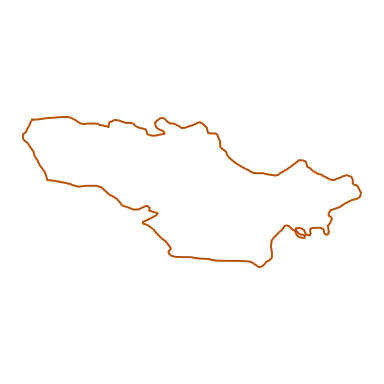 Härjedalen, Jämtland, Sweden (Natural Earth projection)
{"feature_id": "70781695B83252740141506", "entity_name": "Härjedalen", "entity_type": "district", "adm_level": 2, "iso_a3": "SWE", "parent_name": "Sweden", "parent_adm1": "Jämtland", "projection": "natural_earth1", "projection_center": [13.938, 62.166], "detail": "fine", "context": "isolated", "style": "outline", "palette": "amber", "viewbox_px": 384, "rotation_deg": 0, "n_neighbors": 0, "source": "geoboundaries", "source_scale": "gbopen_adm2", "svg_char_len": 3552}
<svg xmlns="http://www.w3.org/2000/svg" viewBox="0 0 384 384"><path d="M299.0,160.1L297.0,161.9L293.3,164.7L287.0,169.3L282.6,171.8L279.8,173.5L277.8,175.1L274.8,175.5L270.8,174.8L268.0,174.4L265.2,173.9L262.8,173.1L259.3,173.3L253.4,173.0L251.8,172.2L249.0,170.5L243.9,168.0L238.9,165.1L235.0,162.5L231.9,160.0L229.1,157.6L227.3,155.2L226.0,151.7L224.7,150.7L222.3,149.0L220.3,146.9L220.1,141.6L219.2,139.6L218.4,137.8L217.1,134.4L215.1,133.4L211.0,133.5L208.1,132.9L207.5,131.1L207.0,128.1L205.5,126.6L203.5,124.5L201.6,122.9L199.0,122.3L197.0,123.1L195.3,124.2L192.9,124.9L190.9,125.8L188.5,126.4L185.2,127.7L182.0,128.1L180.0,126.8L178.0,125.7L175.9,124.6L173.9,123.6L171.3,123.5L168.9,122.9L167.8,122.0L166.5,121.0L165.4,119.5L163.7,118.3L161.5,117.9L159.1,119.0L156.9,120.8L155.0,122.6L155.8,126.6L156.9,128.0L159.7,129.7L163.2,131.2L164.5,132.6L164.1,133.9L160.1,134.6L156.2,135.5L152.9,135.7L150.1,135.2L147.3,134.1L146.6,131.3L145.6,129.3L142.1,128.4L139.5,127.9L135.3,125.9L133.6,123.8L131.0,122.9L126.0,122.9L121.6,121.5L119.0,120.5L114.7,119.9L112.0,121.3L109.4,122.3L108.8,124.5L108.5,126.9L105.7,126.2L102.4,125.4L99.4,125.0L97.9,123.7L94.6,123.5L89.8,123.5L83.0,124.0L80.2,123.3L77.6,121.7L74.8,119.7L71.8,118.2L68.3,116.9L62.4,117.0L52.2,117.8L46.5,118.2L40.2,119.1L34.5,119.7L32.1,119.5L32.2,120.2L30.5,122.1L29.3,125.6L27.4,128.7L25.7,132.5L23.1,134.2L23.0,138.7L24.8,140.9L26.9,142.4L28.1,143.7L30.3,147.3L33.3,151.2L34.4,155.5L36.0,158.1L37.7,160.7L39.7,165.2L45.0,172.3L46.6,177.5L47.5,180.2L51.1,180.3L57.6,181.4L64.8,182.8L70.0,184.0L73.5,185.4L78.4,186.7L86.3,185.8L96.4,185.8L100.9,187.1L105.8,191.3L109.3,194.6L113.6,196.8L117.1,199.1L120.7,203.3L122.3,205.6L127.5,207.2L131.1,208.6L133.7,209.6L138.6,209.4L141.9,207.8L145.2,206.2L147.5,206.0L149.7,208.0L149.1,210.6L154.3,212.1L157.5,213.3L156.6,215.1L151.7,217.7L145.8,220.8L142.8,222.0L143.1,223.6L147.4,225.0L149.3,226.4L153.2,229.2L156.2,232.8L158.1,234.8L161.7,238.5L165.6,241.3L168.6,245.1L170.2,247.1L170.8,248.9L168.5,251.3L168.9,253.5L170.8,255.5L175.1,256.9L182.0,257.1L190.5,257.1L195.4,258.1L201.9,258.7L208.1,258.9L214.0,260.3L219.0,260.7L221.2,260.8L224.5,260.8L234.2,260.9L240.0,260.9L245.1,261.2L249.9,261.6L252.4,262.6L254.7,264.3L257.0,265.7L258.5,267.1L258.8,267.1L260.4,267.1L262.7,265.8L264.4,264.3L265.2,263.2L266.4,261.7L269.6,260.3L271.9,257.5L271.9,252.3L271.0,246.6L271.6,240.7L273.1,238.5L276.2,235.2L278.9,232.4L281.4,230.5L283.3,228.1L284.7,225.9L286.8,225.4L289.3,226.3L291.6,229.0L294.7,230.8L295.9,233.1L296.6,234.8L298.7,236.9L301.5,237.7L304.5,237.9L304.9,236.5L305.0,235.6L303.6,235.0L300.4,234.4L298.9,233.6L296.7,231.1L295.8,229.7L295.7,228.7L297.5,227.9L300.0,228.1L301.9,228.8L304.1,230.1L304.7,231.7L305.3,233.0L305.8,234.2L307.7,235.3L310.0,235.2L310.6,233.3L310.1,230.8L310.3,228.9L312.4,228.0L317.0,227.8L320.8,227.9L322.8,228.8L324.0,230.6L324.1,232.5L324.7,233.7L326.5,234.8L328.3,234.0L328.8,231.4L328.1,226.9L327.7,225.8L329.9,223.4L330.9,221.1L331.9,218.7L330.9,217.0L328.8,215.7L328.6,213.6L330.6,210.3L339.4,207.2L345.2,203.4L352.0,200.0L356.0,199.1L358.7,198.0L360.4,195.8L361.0,192.7L359.5,189.9L358.3,187.3L356.7,185.4L354.3,184.8L352.8,183.5L352.8,181.6L352.8,179.8L352.2,178.4L351.2,176.7L349.1,176.0L347.0,175.2L344.6,175.8L342.1,176.6L339.8,177.8L336.3,178.9L334.3,180.1L331.1,179.7L328.3,178.6L325.6,177.0L322.7,175.8L321.4,174.5L318.7,174.1L315.5,172.5L312.3,170.5L310.4,168.4L307.3,166.8L306.8,165.0L306.5,163.3L305.4,161.3L302.6,160.3L299.5,160.4L299.0,160.1Z" fill="none" stroke="#b45309" stroke-width="2"/></svg>